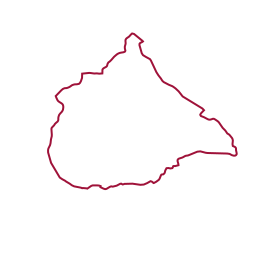 an SVG outline of Apurímac, rotated 149°
{"feature_id": "PER-569", "entity_name": "Apurímac", "entity_type": "Department", "adm_level": 1, "iso_a3": "PER", "parent_name": "Peru", "parent_adm1": "", "projection": "orthographic", "projection_center": [-73.045, -14.013], "detail": "fine", "context": "isolated", "style": "outline", "palette": "rose", "viewbox_px": 256, "rotation_deg": 149, "n_neighbors": 0, "source": "natural_earth", "source_scale": "10m", "svg_char_len": 2857}
<svg xmlns="http://www.w3.org/2000/svg" viewBox="0 0 256 256"><g transform="rotate(149 128 128)"><path d="M131.5,67.4L134.0,67.5L134.5,67.7L134.7,68.6L135.1,69.6L135.7,70.4L136.1,70.8L140.0,70.9L143.6,71.4L146.6,72.9L152.9,78.0L159.8,81.9L160.9,82.1L161.7,82.4L162.5,83.8L163.5,84.2L167.4,84.4L171.0,85.5L171.6,85.8L172.0,86.3L172.7,86.7L173.9,86.9L177.8,86.9L179.1,87.4L180.2,88.6L182.1,91.5L181.4,92.3L182.5,93.6L184.3,94.9L187.9,97.0L189.3,97.3L194.1,97.0L194.6,97.6L197.6,99.8L198.3,100.0L199.1,101.1L204.2,105.7L205.6,107.8L206.6,110.2L208.7,114.1L209.1,115.2L210.7,117.9L212.0,120.7L211.9,137.7L209.1,148.1L208.1,149.9L207.5,150.7L206.8,151.4L203.6,153.5L202.9,154.2L202.2,154.9L199.9,157.9L197.6,160.2L196.7,161.6L194.1,166.7L193.2,167.5L189.9,168.4L188.6,169.1L187.0,169.5L185.0,169.8L184.0,170.4L183.3,171.2L182.7,172.3L181.9,173.3L180.4,174.6L178.8,175.3L176.6,175.9L175.3,176.5L174.3,177.2L173.4,178.3L172.7,179.2L172.2,180.2L171.9,181.2L171.9,182.2L172.2,183.2L173.5,185.8L173.9,186.8L174.1,187.9L173.9,190.3L173.5,192.6L165.6,194.7L163.7,195.0L162.0,194.8L160.9,194.3L160.0,193.8L158.6,193.5L156.9,193.3L153.9,193.5L152.3,193.2L151.1,192.8L150.2,192.3L149.3,191.8L147.3,191.1L145.9,191.4L144.2,192.4L141.6,194.6L139.3,198.2L133.1,195.3L132.0,194.6L128.9,192.1L126.6,190.9L124.7,189.4L121.9,188.0L121.2,189.0L120.3,190.5L119.7,191.3L118.7,191.7L117.5,191.8L115.9,191.7L114.9,191.7L113.9,192.1L112.6,193.4L111.8,193.9L111.0,194.3L109.4,194.4L107.3,194.9L103.3,196.2L101.1,196.6L98.9,196.9L97.9,196.8L96.7,196.7L95.2,196.2L93.0,195.3L92.0,195.1L91.1,195.1L90.4,195.7L90.1,196.6L89.8,197.6L89.3,198.6L88.8,199.4L86.7,201.4L86.2,202.2L85.3,204.0L84.7,204.8L83.9,205.3L83.0,205.6L80.0,205.8L77.4,206.6L75.8,206.9L74.4,205.5L70.7,195.2L70.6,194.5L71.6,194.4L73.7,194.6L74.8,194.2L75.5,193.1L77.7,185.0L77.6,182.7L76.1,179.8L73.7,175.7L73.6,174.0L74.2,168.0L74.9,161.3L74.8,157.4L74.3,153.4L74.3,151.8L74.2,150.5L73.7,148.9L70.7,144.0L68.4,140.9L67.7,139.4L66.9,137.5L65.7,133.3L64.9,126.9L54.2,106.4L53.7,104.1L57.8,103.0L58.8,102.5L59.3,102.1L59.3,100.7L57.3,98.1L55.2,94.6L54.6,93.8L53.9,93.2L53.1,92.8L52.1,92.5L50.6,92.2L49.7,91.7L49.0,90.6L47.6,87.6L47.2,86.1L46.8,79.4L45.9,75.7L45.7,72.2L44.7,70.3L44.5,69.4L44.0,65.9L44.1,64.6L44.6,63.2L46.7,60.4L47.4,58.6L46.1,56.7L45.8,55.7L46.0,54.8L46.9,53.2L47.6,51.1L48.0,50.1L48.6,49.4L49.5,49.1L50.6,49.2L51.7,49.9L53.0,51.3L54.2,53.4L56.1,55.0L72.7,65.6L74.2,66.8L78.0,70.7L80.8,72.0L89.8,73.4L90.8,73.6L92.7,74.4L93.9,74.6L95.4,74.6L96.7,74.7L100.0,75.5L101.0,75.5L102.0,75.0L102.6,74.0L103.4,71.1L103.9,70.1L107.3,71.1L108.1,71.7L108.8,72.0L109.4,71.6L110.1,71.0L110.7,70.8L112.5,71.5L114.0,72.9L115.7,73.7L117.9,72.4L119.5,70.8L120.2,70.4L121.5,70.1L121.9,70.2L122.8,70.7L123.4,70.8L123.8,70.6L124.1,70.5L127.0,68.3L128.3,67.7L131.5,67.4Z" fill="none" stroke="#9f1239" stroke-width="2"/></g></svg>